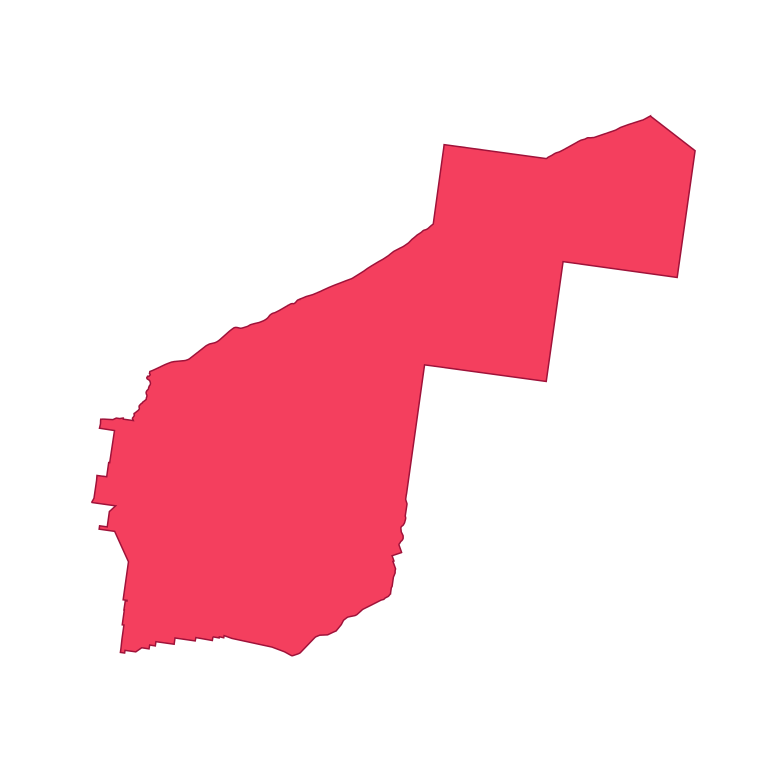 the district of Wandering, Western Australia, Australia, rotated 98°
{"feature_id": "25037944B32288278809201", "entity_name": "Wandering", "entity_type": "district", "adm_level": 2, "iso_a3": "AUS", "parent_name": "Australia", "parent_adm1": "Western Australia", "projection": "albers", "projection_center": [116.618, -32.526], "detail": "fine", "context": "isolated", "style": "filled", "palette": "rose", "viewbox_px": 768, "rotation_deg": 98, "n_neighbors": 0, "source": "geoboundaries", "source_scale": "gbopen_adm2", "svg_char_len": 5980}
<svg xmlns="http://www.w3.org/2000/svg" viewBox="0 0 768 768"><g transform="rotate(98 384 384)"><path d="M81.5,157.5L86.2,163.9L86.5,164.3L86.8,164.9L87.0,165.5L93.0,177.9L96.6,184.7L97.1,185.6L100.3,189.9L101.2,191.6L106.6,202.3L110.5,210.0L110.7,210.5L110.8,210.9L110.9,211.5L111.5,214.0L111.7,216.1L111.9,216.7L112.0,217.0L112.3,217.4L113.5,219.1L114.5,221.4L115.1,222.8L115.5,223.4L117.3,226.0L117.7,226.4L121.4,231.3L127.4,239.3L129.5,242.3L130.1,243.4L131.1,245.6L131.8,246.7L132.3,247.4L134.2,249.6L136.5,252.9L137.1,253.5L137.9,254.2L138.2,254.8L138.6,357.8L141.8,357.7L151.2,357.7L218.7,357.5L220.8,359.5L223.6,361.8L224.4,362.6L225.0,363.5L225.4,364.1L226.0,365.5L226.1,365.8L226.5,366.3L226.8,366.7L228.4,368.0L229.0,368.6L231.5,371.5L231.8,371.9L232.2,372.2L234.7,374.4L236.2,375.8L236.8,376.4L240.4,379.0L241.0,379.5L244.4,383.2L245.2,384.1L246.6,386.1L247.3,387.2L247.9,388.0L250.6,391.8L251.1,392.5L251.4,392.9L254.2,395.6L256.2,397.4L256.9,398.2L260.6,402.4L263.6,406.4L268.6,412.6L271.9,416.5L275.0,419.7L277.8,423.0L283.5,429.8L284.0,430.5L284.4,431.1L287.0,436.0L290.1,441.5L292.6,446.1L293.7,448.0L296.0,451.9L299.9,458.0L300.8,459.3L305.3,466.8L306.1,468.5L308.0,472.8L308.4,473.6L309.2,474.9L310.4,476.9L311.7,479.3L311.8,479.2L312.0,479.2L312.0,479.5L312.6,480.6L312.8,481.1L313.4,481.6L315.3,482.8L316.0,483.3L316.9,484.3L317.0,484.6L317.1,484.8L317.1,485.7L317.1,486.0L317.5,487.2L317.7,487.5L318.1,488.1L319.1,489.4L319.4,489.8L319.4,490.0L320.0,490.5L320.3,491.0L325.8,498.0L328.5,501.9L328.7,502.3L329.3,503.7L329.6,504.2L329.9,504.7L330.3,505.1L330.6,505.5L331.2,506.1L331.9,506.7L334.5,508.2L335.5,509.0L336.3,509.8L336.9,510.5L338.0,511.9L339.7,514.8L340.5,516.3L342.2,520.7L343.5,523.7L344.0,524.7L344.5,525.3L345.2,526.2L345.6,526.7L346.0,527.3L347.7,530.9L348.4,532.4L348.6,533.2L348.7,533.5L348.8,534.2L348.7,535.0L348.5,537.1L348.5,538.0L348.6,538.4L348.6,538.9L348.9,539.7L349.3,540.5L349.6,540.8L351.3,542.6L353.3,544.5L363.3,553.0L364.3,554.0L365.3,555.1L366.1,556.3L366.5,556.9L366.8,557.6L367.1,558.3L368.1,560.9L368.5,562.0L369.0,562.9L369.4,563.4L370.3,564.7L371.2,565.8L373.0,567.5L385.3,579.4L386.0,580.0L387.0,581.3L387.6,582.5L388.0,583.2L388.3,583.9L388.7,585.2L391.0,595.0L391.3,595.8L391.7,596.9L391.9,597.6L392.2,598.1L394.0,601.4L395.3,603.6L402.0,613.8L403.0,615.4L404.2,617.6L406.4,617.7L406.6,617.2L407.1,616.8L407.4,616.8L407.9,617.0L408.2,617.3L408.6,617.6L409.0,617.8L409.3,618.1L409.4,618.5L409.2,618.8L409.1,619.0L409.3,619.2L409.7,619.2L409.9,619.3L410.0,619.4L410.3,619.7L410.5,619.8L410.9,619.7L411.4,619.6L411.6,619.4L411.8,619.3L412.0,619.0L412.7,617.4L412.8,617.2L413.5,616.5L413.6,616.3L413.9,616.1L415.6,615.4L415.9,615.4L416.3,615.3L416.9,615.4L417.2,615.4L418.7,616.2L418.9,616.3L419.2,616.2L419.4,616.2L419.7,616.4L419.9,616.5L420.9,616.6L421.5,616.6L421.8,616.6L422.0,616.7L423.3,617.7L423.8,618.0L424.2,618.1L425.1,618.4L425.5,618.4L426.0,618.3L427.1,617.9L427.4,617.7L427.6,617.5L428.0,617.3L428.3,617.2L428.9,617.1L429.6,617.1L430.8,617.4L431.4,617.4L431.7,617.3L431.9,617.3L432.2,617.3L432.3,617.3L432.9,617.8L433.0,617.9L433.4,618.3L434.1,618.9L435.1,620.0L435.4,620.3L436.0,620.5L436.5,620.9L436.7,621.0L436.8,621.3L437.2,621.6L437.7,622.1L438.8,622.8L439.0,623.0L439.8,623.4L440.1,623.4L440.5,623.4L441.0,623.3L441.8,623.0L442.2,622.9L442.8,622.9L443.1,623.0L443.3,623.1L444.1,623.6L445.1,624.4L445.3,624.7L446.1,625.4L446.6,625.9L447.6,626.9L447.8,627.0L448.0,627.4L448.3,627.4L448.7,627.3L449.5,627.0L449.6,626.9L449.9,626.9L450.5,627.1L450.8,627.2L452.1,627.9L452.7,628.3L452.9,628.3L453.1,628.3L453.5,628.2L454.2,627.6L454.7,627.3L455.1,627.1L455.1,630.9L455.1,637.3L454.0,637.4L454.0,637.6L455.0,640.9L455.0,644.4L457.0,647.5L457.8,656.7L458.3,659.6L459.2,659.6L463.0,659.2L467.4,659.6L467.6,644.4L500.1,644.7L500.1,645.7L514.4,645.7L514.4,649.0L514.5,649.0L514.5,655.5L519.6,655.2L537.5,655.3L541.6,656.9L542.0,656.6L542.0,632.8L548.5,638.2L564.0,638.2L564.0,645.9L567.4,645.9L567.4,630.2L595.6,612.3L634.0,612.3L634.0,608.3L634.7,608.3L634.7,610.0L643.9,610.1L643.8,609.7L658.9,609.7L658.9,608.0L672.7,608.0L682.1,607.7L686.5,607.7L686.5,603.4L683.8,603.4L683.8,592.5L678.9,587.2L679.0,579.8L675.1,579.7L675.2,574.0L670.9,574.0L670.9,555.6L664.6,555.6L664.7,535.2L661.3,535.0L661.9,518.3L658.7,518.2L658.2,517.7L658.4,512.2L658.4,511.9L657.6,511.9L657.3,511.9L657.3,511.0L657.6,507.4L655.4,507.3L656.7,501.1L657.1,499.2L657.2,497.9L660.1,458.4L660.2,457.9L663.0,445.4L665.6,438.5L665.8,437.9L665.9,437.6L665.9,437.2L665.7,436.5L663.2,431.5L662.5,430.4L662.1,429.9L661.9,429.6L645.0,417.4L644.4,416.9L644.1,416.6L643.9,416.5L643.7,416.1L641.7,412.7L641.6,412.2L640.3,405.2L640.2,404.8L639.9,404.4L636.8,399.7L635.4,397.4L635.1,396.9L634.8,396.8L628.2,392.8L623.6,391.2L620.4,388.1L620.0,387.5L619.8,387.2L619.6,386.8L617.4,380.6L617.2,380.2L616.8,379.6L616.4,379.1L616.1,378.7L610.6,374.1L610.1,373.6L609.7,373.1L600.3,359.5L599.3,358.1L598.3,356.6L597.3,354.2L595.7,353.0L594.1,350.7L593.7,350.2L593.2,349.8L592.7,349.5L591.6,348.9L591.2,348.6L590.9,348.3L590.7,348.4L590.1,348.4L584.8,348.4L584.4,348.3L583.9,348.0L583.6,347.9L583.3,347.8L573.9,347.8L573.2,347.6L569.7,346.7L569.3,346.7L568.8,346.8L567.2,347.0L565.5,346.8L563.9,347.6L558.4,350.5L557.9,349.5L552.9,352.1L548.5,343.2L548.4,343.1L541.4,346.7L541.1,346.8L540.8,346.8L540.5,346.8L540.3,346.7L539.2,346.1L538.0,345.6L537.7,345.5L536.8,344.7L536.3,344.4L535.9,344.1L534.8,343.7L534.5,343.6L534.2,343.6L533.9,343.6L531.9,343.9L531.5,344.0L530.0,345.0L528.1,346.3L524.6,347.2L524.0,347.3L523.5,347.2L523.0,347.0L522.5,346.7L521.5,345.7L521.0,345.3L519.1,344.5L518.4,344.3L514.4,343.8L513.8,343.9L513.1,344.0L512.8,344.1L512.1,344.5L511.8,344.6L511.6,344.6L510.4,344.6L502.0,344.5L501.7,344.5L499.7,344.5L499.3,344.6L495.7,346.3L495.3,346.4L495.1,346.5L490.3,346.5L490.0,346.4L359.4,346.5L358.9,223.7L237.9,223.7L237.7,120.3L237.7,108.5L109.7,108.4L81.6,157.5L81.5,157.5Z" fill="#f43f5e" stroke="#9f1239" stroke-width="1.5"/></g></svg>